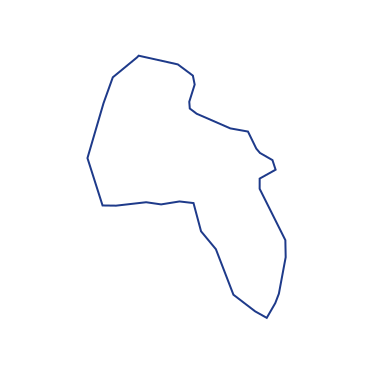 the border of Ocniţa, rotated 64°
{"feature_id": "MDA-1616", "entity_name": "Ocniţa", "entity_type": "District", "adm_level": 1, "iso_a3": "MDA", "parent_name": "Moldova", "parent_adm1": "", "projection": "albers", "projection_center": [27.56, 48.362], "detail": "fine", "context": "isolated", "style": "outline", "palette": "blue", "viewbox_px": 384, "rotation_deg": 64, "n_neighbors": 0, "source": "natural_earth", "source_scale": "10m", "svg_char_len": 578}
<svg xmlns="http://www.w3.org/2000/svg" viewBox="0 0 384 384"><g transform="rotate(64 192 192)"><path d="M198.6,105.7L208.6,107.1L209.6,125.3L218.8,129.8L276.2,129.2L291.7,136.4L321.5,158.5L328.4,165.9L337.9,180.0L326.9,187.6L302.5,199.8L253.9,195.6L231.3,201.1L202.6,195.5L195.0,207.4L189.6,225.2L181.1,237.7L171.0,266.2L164.9,278.3L115.7,271.1L73.4,232.6L54.2,212.9L46.9,182.3L46.1,180.2L71.1,148.8L87.8,140.2L96.6,142.5L109.7,154.9L116.0,157.4L123.7,153.5L151.6,129.7L162.2,115.2L181.2,115.2L186.7,113.8L198.6,105.7Z" fill="none" stroke="#1e3a8a" stroke-width="2"/></g></svg>